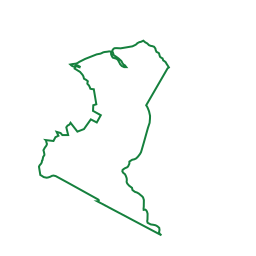 the district of Kinabatangan, Sabah, Malaysia, rotated 299°
{"feature_id": "92858781B11608738367966", "entity_name": "Kinabatangan", "entity_type": "district", "adm_level": 2, "iso_a3": "MYS", "parent_name": "Malaysia", "parent_adm1": "Sabah", "projection": "equal_earth", "projection_center": [118.123, 5.328], "detail": "fine", "context": "isolated", "style": "outline", "palette": "green", "viewbox_px": 256, "rotation_deg": 299, "n_neighbors": 0, "source": "geoboundaries", "source_scale": "gbopen_adm2", "svg_char_len": 2756}
<svg xmlns="http://www.w3.org/2000/svg" viewBox="0 0 256 256"><g transform="rotate(299 128 128)"><path d="M211.3,101.4L211.8,99.1L209.6,97.5L208.8,96.5L208.3,96.1L206.6,95.0L205.5,94.8L204.3,94.2L201.6,92.3L197.5,87.2L194.1,82.9L193.5,81.7L192.3,79.2L191.3,77.6L190.4,77.0L188.4,76.7L187.6,77.0L186.8,78.0L185.9,79.1L185.1,79.3L184.7,81.1L184.6,83.0L184.2,86.2L183.4,89.6L182.9,90.5L182.0,91.7L181.3,93.4L181.3,94.9L180.4,97.0L180.0,96.3L179.4,95.2L179.3,93.9L179.2,92.7L179.5,91.6L180.0,90.2L180.8,89.1L181.5,88.0L182.4,86.6L182.9,85.4L182.9,83.8L182.5,82.1L182.2,80.6L182.8,79.4L183.6,78.3L184.4,77.4L185.9,76.6L186.4,75.7L185.9,74.4L185.0,73.3L184.1,72.1L183.2,70.8L182.1,69.6L181.2,69.0L179.7,67.9L177.2,64.9L167.6,57.0L162.0,53.2L160.4,52.4L159.1,51.3L158.2,50.1L157.1,48.6L155.6,46.8L155.2,48.4L155.2,49.7L155.4,50.8L156.6,51.7L157.4,52.2L158.3,53.5L158.3,54.7L158.3,56.1L157.6,56.2L157.4,55.3L157.3,54.1L157.0,53.2L156.5,52.5L155.7,52.3L154.1,52.5L153.8,58.9L152.4,62.6L151.5,64.0L149.8,65.6L149.8,68.2L149.4,70.2L147.3,70.8L146.8,71.4L146.3,73.2L145.0,75.0L144.1,76.0L144.4,77.2L145.3,79.3L133.4,88.8L131.1,86.6L126.0,89.1L126.0,98.0L117.7,98.0L117.5,91.3L105.7,90.0L100.3,85.5L104.7,75.2L102.8,75.2L101.7,74.6L100.9,74.0L98.7,73.7L92.8,79.1L90.0,74.0L90.9,71.5L90.6,70.0L90.0,67.4L87.5,70.9L84.8,69.0L80.5,69.1L77.5,61.8L77.3,62.4L76.8,62.8L75.8,63.7L74.8,64.8L74.1,65.0L73.2,65.1L72.6,65.1L72.0,65.0L70.7,64.8L69.6,64.8L68.8,64.8L67.6,64.8L66.5,65.9L65.1,67.1L64.5,67.6L63.7,68.0L62.7,67.9L61.7,67.8L60.0,68.3L58.4,68.8L57.9,68.6L56.2,69.2L54.8,69.3L52.5,68.8L51.0,68.9L48.7,70.7L44.4,74.1L44.4,75.6L44.2,78.1L45.1,81.0L46.1,82.2L47.5,83.5L49.3,84.7L50.3,85.9L50.9,88.1L51.0,101.9L51.0,136.5L50.7,137.5L49.6,137.7L49.0,136.7L50.4,209.2L50.8,207.1L51.8,205.7L54.1,205.0L55.8,203.7L56.3,201.4L56.3,199.3L55.6,197.0L54.7,194.7L54.6,191.1L55.9,189.9L57.4,189.4L62.5,186.7L64.0,185.2L64.8,183.9L65.0,182.7L64.0,181.4L65.0,180.7L66.7,180.0L69.7,178.4L71.2,177.6L72.7,176.8L74.6,174.8L75.1,173.4L75.5,171.2L75.9,169.2L75.9,167.0L75.5,165.0L75.9,162.0L77.6,160.5L78.1,156.9L79.1,154.2L80.2,152.9L81.9,152.2L83.4,151.2L85.0,149.4L86.1,147.8L86.5,145.5L87.3,144.1L88.7,143.6L90.0,144.1L91.6,145.0L92.9,146.1L94.3,146.7L97.4,146.5L99.3,145.5L102.2,147.0L103.8,148.8L105.4,149.9L107.8,150.6L111.1,151.1L113.2,151.1L116.0,150.5L123.0,148.9L137.7,145.4L143.0,144.4L146.8,142.7L149.3,141.4L152.8,138.3L154.3,136.5L155.5,135.0L156.7,132.9L199.4,133.7L200.8,134.4L202.2,131.8L203.0,130.3L203.8,129.1L204.1,127.6L204.2,126.0L205.6,124.5L205.6,122.9L205.8,121.5L207.0,120.2L208.0,119.3L208.5,118.5L208.4,116.0L209.7,114.3L210.8,113.4L211.7,111.4L211.4,109.6L210.9,108.2L210.6,106.2L211.3,103.9L211.3,101.4Z" fill="none" stroke="#15803d" stroke-width="2"/></g></svg>